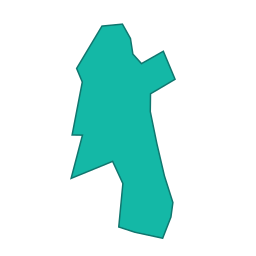 Namangan city, Namangan, Uzbekistan, rotated 106°
{"feature_id": "79887680B13123627114568", "entity_name": "Namangan city", "entity_type": "district", "adm_level": 2, "iso_a3": "UZB", "parent_name": "Uzbekistan", "parent_adm1": "Namangan", "projection": "robinson", "projection_center": [71.661, 41.009], "detail": "fine", "context": "isolated", "style": "filled", "palette": "teal", "viewbox_px": 256, "rotation_deg": 106, "n_neighbors": 0, "source": "geoboundaries", "source_scale": "gbopen_adm2", "svg_char_len": 442}
<svg xmlns="http://www.w3.org/2000/svg" viewBox="0 0 256 256"><g transform="rotate(106 128 128)"><path d="M225.7,109.6L226.3,92.5L224.4,64.3L201.8,62.2L187.3,64.3L164.0,79.8L135.0,96.0L106.1,111.1L88.9,115.8L68.2,96.2L44.5,115.2L62.4,132.8L55.6,143.7L41.3,150.3L29.7,162.0L37.2,181.1L84.9,193.8L96.4,184.6L150.1,179.8L147.4,169.8L192.1,168.8L164.3,133.6L182.8,117.6L225.7,109.6Z" fill="#14b8a6" stroke="#0f766e" stroke-width="1.5"/></g></svg>